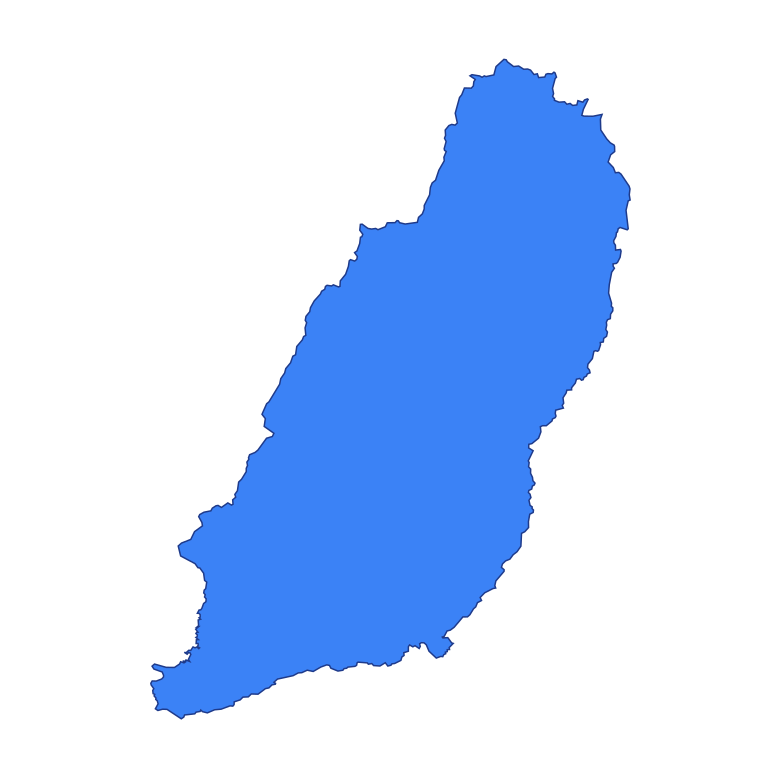 Long, Phrae, Thailand, rotated 353°
{"feature_id": "78962969B48493646022270", "entity_name": "Long", "entity_type": "district", "adm_level": 2, "iso_a3": "THA", "parent_name": "Thailand", "parent_adm1": "Phrae", "projection": "orthographic", "projection_center": [99.83, 18.152], "detail": "fine", "context": "isolated", "style": "filled", "palette": "blue", "viewbox_px": 768, "rotation_deg": 353, "n_neighbors": 0, "source": "geoboundaries", "source_scale": "gbopen_adm2", "svg_char_len": 6143}
<svg xmlns="http://www.w3.org/2000/svg" viewBox="0 0 768 768"><g transform="rotate(353 384 384)"><path d="M513.7,517.1L516.0,514.6L515.5,511.1L514.1,509.3L514.8,507.3L517.8,506.3L518.8,503.4L520.9,502.5L521.8,500.8L520.0,498.1L520.0,494.7L518.6,490.5L519.2,486.3L517.4,483.8L518.5,479.7L517.8,477.9L523.9,468.4L519.8,465.1L520.4,461.5L523.5,461.2L530.8,456.6L533.9,450.6L534.0,445.4L536.4,444.7L540.0,445.2L546.3,441.1L546.9,439.3L549.9,438.2L550.8,436.8L550.4,434.1L551.2,430.9L559.1,429.8L558.3,426.9L560.0,425.0L560.0,419.5L563.7,415.1L564.7,412.4L569.5,412.7L569.7,410.6L574.0,406.4L575.6,402.7L578.9,402.4L580.5,404.3L582.2,404.0L583.3,401.8L585.9,400.8L587.0,398.8L589.9,398.0L589.6,395.2L588.0,392.6L588.8,389.2L593.9,384.2L596.3,377.2L597.9,376.7L600.0,377.5L601.2,376.8L603.7,371.5L603.7,369.2L606.8,369.0L607.6,365.5L610.7,363.8L612.1,359.7L610.8,356.9L612.2,352.8L612.2,349.8L613.7,347.4L616.6,346.7L617.4,342.3L620.0,339.3L620.4,336.2L619.1,334.6L619.7,331.5L618.0,321.2L619.7,312.9L623.6,300.8L626.8,297.2L625.8,295.1L626.0,292.7L629.3,292.6L630.7,291.6L633.8,287.0L635.5,281.0L635.1,279.3L630.2,279.3L630.6,274.4L629.4,272.0L629.4,269.8L632.2,265.8L633.2,262.0L634.2,261.6L635.4,258.4L637.4,257.4L644.2,260.6L645.3,259.7L645.4,241.1L648.7,232.0L650.7,231.4L650.5,226.0L651.9,220.4L651.4,217.5L644.8,204.5L642.8,202.6L639.4,202.5L638.0,197.1L633.5,191.0L636.9,184.1L641.3,181.4L641.8,176.3L641.5,174.9L638.0,172.2L635.0,168.0L630.1,158.3L631.1,147.4L633.3,143.0L624.0,143.7L615.1,142.5L613.1,141.4L615.4,135.6L621.3,126.4L620.6,125.8L617.7,126.5L615.7,128.5L611.0,126.4L609.4,130.5L605.2,130.5L602.9,128.2L599.6,128.6L597.6,125.9L592.1,125.6L587.7,123.2L588.0,121.8L586.4,119.1L587.7,116.5L587.3,111.1L591.1,101.7L592.6,100.5L591.7,96.1L590.7,95.2L588.4,96.7L584.5,95.9L582.5,96.3L581.0,98.9L574.8,98.7L574.0,94.8L570.6,95.1L567.7,90.3L565.0,88.9L561.0,88.6L556.4,84.8L551.3,84.7L545.7,79.2L544.8,77.1L542.6,76.4L533.9,82.6L530.7,90.6L522.7,91.3L521.1,90.4L518.7,91.5L516.5,89.9L509.0,87.7L506.9,88.6L511.7,92.8L510.0,94.9L509.0,99.0L506.7,101.0L499.9,100.0L496.4,106.4L493.9,108.8L487.7,123.9L488.6,133.9L486.1,135.7L482.9,134.6L479.9,135.4L475.7,139.4L475.4,144.8L474.0,147.4L475.2,150.9L472.4,157.8L472.6,159.5L474.1,160.8L471.1,166.2L471.0,169.8L464.5,178.5L460.0,188.0L456.3,190.3L454.0,194.5L452.3,201.8L445.7,211.7L445.2,215.3L442.8,219.8L438.6,222.8L436.8,227.6L424.5,227.8L419.1,225.8L418.1,223.8L416.8,223.4L414.6,225.2L406.9,224.4L404.5,228.1L396.8,230.1L394.7,228.6L390.6,228.7L387.0,227.6L381.8,222.7L380.0,222.7L378.7,228.4L381.2,232.8L380.0,235.1L378.5,235.5L377.0,241.6L373.4,248.6L370.8,250.0L373.1,254.2L372.2,256.9L369.9,258.4L365.9,256.5L364.5,257.5L363.0,262.9L359.3,270.4L353.2,276.3L352.2,281.7L350.7,282.1L345.8,279.4L343.9,280.3L339.5,279.1L337.8,280.0L336.7,282.8L333.4,284.3L331.8,287.0L324.9,293.0L320.3,299.3L319.1,303.2L314.8,307.3L313.6,311.2L314.7,313.7L312.5,318.7L312.3,326.2L310.0,327.1L308.3,330.3L302.0,336.1L299.8,344.2L296.9,345.3L293.8,351.6L288.4,356.7L286.7,361.0L282.2,366.1L280.4,371.5L267.6,387.7L265.1,389.3L259.2,399.2L262.0,403.9L259.9,411.5L268.7,419.5L266.8,422.5L260.8,423.5L250.8,434.2L247.7,436.2L242.0,437.8L240.5,440.7L240.7,442.2L238.4,444.8L238.6,448.3L237.0,450.9L236.6,454.2L231.0,461.2L227.8,463.6L225.5,472.1L222.5,475.4L223.0,478.3L219.7,480.5L219.5,484.9L217.9,485.6L214.5,483.0L207.6,486.7L204.5,484.3L202.4,484.4L198.5,486.3L196.7,488.8L189.7,489.3L185.2,491.1L183.9,493.1L186.4,499.3L186.5,502.7L178.0,507.4L173.3,514.7L163.6,517.2L160.0,519.7L161.2,529.9L174.6,539.3L176.9,543.6L178.8,544.2L181.9,549.8L182.0,557.1L183.9,559.0L182.1,565.4L180.4,566.7L179.6,569.4L180.9,571.4L179.9,573.5L181.3,575.5L180.7,578.4L178.2,579.9L175.8,584.6L174.6,585.8L172.9,585.8L170.8,588.8L172.5,589.2L173.4,590.4L173.2,592.9L171.9,593.5L173.3,595.1L170.8,595.6L170.5,601.3L168.8,602.4L170.2,602.4L167.2,604.4L169.1,607.7L167.7,607.7L166.9,608.8L168.2,610.2L167.7,612.1L166.4,612.6L168.6,615.1L166.6,615.0L165.9,618.7L167.8,618.9L167.8,620.6L166.7,621.8L168.8,623.4L167.9,624.1L166.3,622.2L164.3,622.8L162.4,621.7L159.7,624.9L157.8,624.5L154.8,626.6L153.1,626.0L155.7,628.2L157.2,626.8L158.8,627.3L159.3,628.9L156.3,633.5L157.3,635.7L153.8,633.8L153.0,635.0L151.1,634.5L150.9,635.3L152.7,635.8L151.5,636.4L148.3,634.9L147.0,637.0L141.5,639.8L133.3,638.7L122.1,634.0L119.4,635.8L120.9,638.9L128.7,642.8L129.7,646.2L129.4,648.0L127.4,649.7L121.7,651.1L117.7,650.5L116.1,652.6L116.2,654.3L118.4,658.4L117.1,660.0L117.1,663.2L118.6,664.1L117.8,665.6L119.4,667.9L119.0,669.3L120.3,670.7L120.8,673.9L117.5,678.5L119.8,680.5L124.7,679.8L129.0,680.5L142.0,691.6L144.7,690.2L145.7,688.2L156.0,688.3L157.5,686.8L161.6,686.6L162.4,685.3L163.9,687.1L168.6,688.9L176.2,686.7L182.7,686.9L191.9,684.7L194.7,685.3L196.1,684.0L196.6,681.2L202.8,680.0L205.8,677.6L211.2,678.0L214.5,675.5L221.2,676.5L229.2,671.9L232.8,671.6L236.1,669.0L239.6,668.7L239.9,667.9L238.4,666.6L242.3,663.9L258.3,662.4L263.7,660.3L267.3,660.5L272.9,658.7L278.7,660.7L286.9,657.2L293.0,655.8L295.6,656.7L296.6,659.6L303.3,663.3L308.3,663.1L309.7,661.6L312.2,661.6L313.7,660.6L320.8,660.7L322.5,659.9L323.3,657.5L324.3,656.9L333.5,658.8L334.3,660.2L337.8,660.0L339.4,662.2L345.6,663.4L351.3,660.8L353.4,664.4L356.6,664.0L357.8,662.7L360.5,662.7L367.1,660.4L368.4,657.2L370.8,655.9L370.9,653.1L375.6,652.2L376.2,647.7L377.6,646.1L380.6,648.4L382.9,647.5L386.7,650.8L388.0,648.9L387.7,646.2L389.5,645.3L392.2,645.8L394.2,648.0L396.1,654.7L402.5,662.4L407.2,661.3L409.1,661.8L410.3,659.9L412.4,659.2L412.2,657.7L414.2,657.3L414.4,655.4L416.7,655.5L416.6,653.5L421.1,649.9L419.6,649.2L416.4,643.5L411.5,643.2L411.0,642.3L413.1,641.7L416.5,636.8L419.8,636.4L424.0,634.0L433.9,624.8L438.5,625.3L441.1,623.5L445.5,618.0L447.9,616.4L450.1,612.4L454.4,610.8L453.4,607.6L458.5,603.5L467.3,600.3L470.0,600.1L469.4,597.7L471.0,593.1L480.3,584.6L480.6,583.0L478.2,580.3L479.7,577.0L483.1,574.4L487.6,573.2L491.4,569.2L495.6,566.7L500.1,561.7L502.3,549.0L505.7,547.8L510.0,544.1L510.6,538.1L512.8,531.0L516.4,529.7L517.0,527.3L515.8,525.7L516.1,524.0L514.2,522.3L513.7,517.1Z" fill="#3b82f6" stroke="#1e3a8a" stroke-width="1.5"/></g></svg>